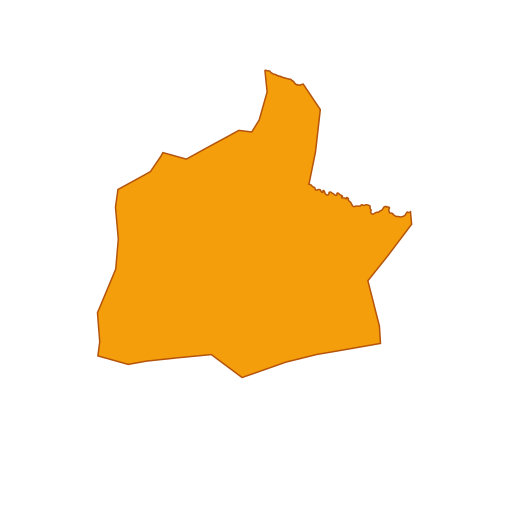 Bayan-Adraga, Hentiy, Mongolia (Equal Earth projection), rotated 33°
{"feature_id": "93677404B94037066175058", "entity_name": "Bayan-Adraga", "entity_type": "district", "adm_level": 2, "iso_a3": "MNG", "parent_name": "Mongolia", "parent_adm1": "Hentiy", "projection": "equal_earth", "projection_center": [111.25, 48.494], "detail": "fine", "context": "isolated", "style": "filled", "palette": "amber", "viewbox_px": 512, "rotation_deg": 33, "n_neighbors": 0, "source": "geoboundaries", "source_scale": "gbopen_adm2", "svg_char_len": 5483}
<svg xmlns="http://www.w3.org/2000/svg" viewBox="0 0 512 512"><g transform="rotate(33 256 256)"><path d="M408.0,261.5L397.7,247.6L363.3,215.8L366.4,184.4L369.2,144.6L361.5,134.8L361.2,135.7L360.8,136.0L360.2,136.4L359.5,136.6L359.1,136.6L358.9,136.9L358.8,137.1L358.8,137.7L358.7,138.8L358.9,140.0L358.9,140.4L358.8,140.8L358.3,141.9L357.9,142.5L357.4,143.1L356.7,144.0L355.8,144.6L355.1,144.9L354.7,145.1L354.2,145.3L353.7,145.4L353.3,145.7L352.8,146.0L352.4,146.2L352.0,146.5L351.3,146.6L350.8,146.6L350.4,146.6L349.9,146.6L349.4,146.5L349.0,146.6L348.6,146.6L348.4,146.5L348.2,146.5L348.0,146.2L347.8,146.0L347.6,145.9L347.4,146.0L347.0,146.2L346.7,146.2L346.4,146.3L346.1,146.3L345.7,146.6L345.1,147.0L344.8,147.1L344.4,147.0L344.1,146.8L343.5,146.2L343.2,145.9L342.7,145.6L342.3,145.3L342.1,145.0L342.0,144.5L341.9,143.8L341.9,143.3L341.8,143.1L341.6,142.8L341.4,142.7L341.1,142.7L340.8,142.7L340.5,142.8L340.0,143.0L339.6,143.2L339.3,143.5L338.9,143.8L338.7,143.9L338.4,143.8L338.2,143.6L337.7,143.9L337.3,144.2L336.8,144.8L336.7,145.3L336.6,146.0L336.7,147.0L336.7,147.8L336.6,148.5L336.5,148.9L336.3,149.6L335.5,150.6L335.5,150.9L335.2,151.9L335.0,152.3L334.4,152.9L333.9,153.3L333.4,153.6L332.8,154.4L332.2,155.5L331.8,156.5L331.4,157.2L330.9,157.4L330.2,157.5L329.8,157.5L329.1,157.3L328.5,156.9L328.1,156.5L327.9,156.1L327.8,155.7L327.8,155.2L327.6,154.9L327.3,154.7L326.5,154.3L326.0,154.1L325.6,153.8L325.3,153.4L325.1,152.9L324.8,152.5L324.6,152.2L324.4,152.0L324.1,151.9L323.8,152.0L323.5,152.0L323.0,152.1L321.9,152.4L321.3,152.6L320.7,152.8L320.1,153.3L319.9,153.7L319.5,154.2L319.4,154.5L319.2,154.7L318.8,155.0L318.5,155.1L317.6,155.1L317.3,155.1L317.0,155.3L316.7,155.6L316.5,155.9L316.4,156.2L316.3,156.9L316.2,157.2L316.1,157.4L315.4,157.9L314.7,158.4L313.9,158.9L313.4,159.2L312.9,159.5L312.4,159.9L312.1,160.2L311.9,160.5L311.7,161.0L311.3,161.3L310.9,161.4L310.2,161.4L309.8,161.4L309.4,161.4L309.1,161.2L308.9,161.0L308.6,160.7L307.7,160.3L306.7,159.7L306.1,159.5L305.5,159.3L305.1,159.2L303.9,159.2L303.6,159.1L303.2,159.0L302.6,158.4L302.6,158.0L302.6,157.8L302.3,157.6L301.9,157.5L301.4,157.4L301.0,157.4L300.5,157.4L300.3,157.4L300.2,157.5L300.1,157.8L300.3,158.0L300.5,158.5L300.5,158.9L300.4,159.0L300.1,159.0L299.8,159.1L299.5,159.1L299.1,159.1L298.8,159.1L298.6,159.2L298.4,159.3L298.1,159.5L297.7,159.8L297.4,159.9L297.0,160.2L296.5,160.4L296.3,160.3L296.0,160.2L295.8,160.0L295.7,159.8L295.7,159.5L295.8,159.2L296.0,158.9L295.9,158.8L295.8,158.7L294.9,158.6L294.4,158.7L294.0,158.8L292.7,158.8L291.8,158.6L290.9,158.5L290.5,158.6L290.1,158.7L289.9,159.0L289.8,159.3L289.9,159.7L290.2,160.0L290.4,160.2L290.6,160.5L290.6,160.8L290.5,161.0L290.3,161.4L289.9,161.6L289.4,161.8L288.8,161.8L288.0,161.8L286.8,161.7L286.2,161.7L285.6,161.8L285.2,161.9L284.7,161.7L284.2,161.7L283.9,161.7L283.6,161.8L283.3,162.0L283.0,162.3L282.7,162.7L282.7,163.0L282.8,163.3L283.1,163.5L283.2,163.9L283.3,164.7L283.3,165.2L283.1,165.6L282.7,166.0L282.0,166.3L281.3,166.3L280.6,166.2L279.8,165.8L279.2,165.4L278.6,164.9L278.3,164.6L277.5,164.3L277.2,164.2L276.9,164.3L276.7,164.4L276.6,164.7L276.7,164.9L276.9,165.2L277.2,165.6L277.3,165.9L277.3,166.2L277.1,166.5L276.6,166.7L276.2,166.6L275.6,166.4L274.9,166.1L274.0,165.6L273.6,165.5L273.3,165.6L272.9,165.8L272.3,166.1L271.8,166.6L271.3,167.5L270.9,167.9L270.4,168.0L269.8,168.0L269.3,167.8L269.0,167.5L268.6,167.1L268.4,166.9L268.1,166.8L267.8,166.7L267.6,166.7L267.4,166.7L267.1,166.8L266.7,166.9L266.0,166.9L264.8,166.8L263.9,166.6L263.4,166.5L263.1,166.4L262.8,166.4L262.6,166.5L262.3,166.7L262.2,166.8L261.8,166.9L261.0,167.0L260.9,165.9L249.2,136.3L230.2,98.2L201.9,86.1L201.5,86.6L201.4,86.8L201.1,87.1L200.8,87.4L200.4,87.8L200.2,88.0L200.2,88.3L200.0,88.5L199.8,88.7L199.6,88.8L199.3,89.2L199.2,89.3L198.8,89.4L198.6,89.5L198.4,89.6L198.2,89.6L197.9,89.5L197.7,89.5L197.6,89.8L197.3,90.0L196.8,90.3L196.5,90.3L196.4,90.3L196.3,90.2L196.1,90.2L195.8,90.2L195.6,90.2L195.4,90.2L195.1,90.0L194.9,90.0L194.7,90.0L194.4,90.0L194.2,90.0L194.1,89.9L193.9,89.8L193.7,89.7L193.2,89.5L192.7,89.3L192.4,89.2L192.2,89.2L192.0,89.3L191.7,89.2L191.3,89.1L191.1,89.1L190.9,89.2L190.8,89.3L190.5,89.3L190.3,89.2L189.4,88.9L189.2,88.9L188.8,89.0L188.7,89.1L188.3,89.1L188.1,89.2L188.0,89.3L187.7,89.6L187.4,89.8L187.1,89.9L186.5,89.9L186.3,90.0L185.9,90.1L185.7,90.2L184.8,90.5L184.4,90.6L184.1,90.6L183.7,90.9L183.6,91.0L183.3,91.0L182.8,91.0L182.7,91.0L182.3,91.2L182.1,91.4L181.7,91.5L181.4,91.5L181.2,91.6L180.8,91.8L180.7,91.9L180.5,92.0L180.4,92.0L180.2,92.0L180.0,91.9L179.9,91.8L179.6,92.0L179.5,91.9L179.4,91.9L179.2,91.9L179.0,92.0L178.7,92.0L178.3,92.1L178.0,92.2L177.8,92.3L177.7,92.5L177.3,92.6L177.2,92.6L177.0,92.8L176.9,92.9L176.7,92.8L176.4,92.8L176.2,93.0L175.9,93.0L175.8,92.9L175.6,93.0L175.3,93.1L175.2,93.1L174.7,93.0L174.1,93.1L173.8,93.2L173.6,93.3L173.3,93.4L173.1,93.3L172.9,93.3L172.6,93.4L172.1,93.7L171.8,93.9L171.3,94.0L170.7,94.0L169.9,93.9L169.3,94.1L168.0,93.9L167.6,93.8L167.3,93.6L167.0,93.5L166.8,93.5L166.6,93.5L166.4,93.6L165.9,93.8L165.0,94.4L164.4,94.6L163.9,94.6L163.6,94.7L163.2,94.8L162.9,95.0L162.5,95.6L176.0,112.4L184.6,140.2L184.9,154.3L173.2,160.0L155.2,193.2L144.8,212.7L121.6,220.0L121.9,224.1L121.5,242.7L116.3,252.5L104.0,275.4L111.5,291.5L131.3,316.8L145.5,343.4L154.0,390.0L171.7,413.1L177.8,425.9L207.9,416.5L221.4,403.8L244.8,384.8L272.2,363.0L310.5,365.5L338.9,328.7L360.5,305.6L391.3,277.1L408.0,261.5Z" fill="#f59e0b" stroke="#b45309" stroke-width="1.5"/></g></svg>